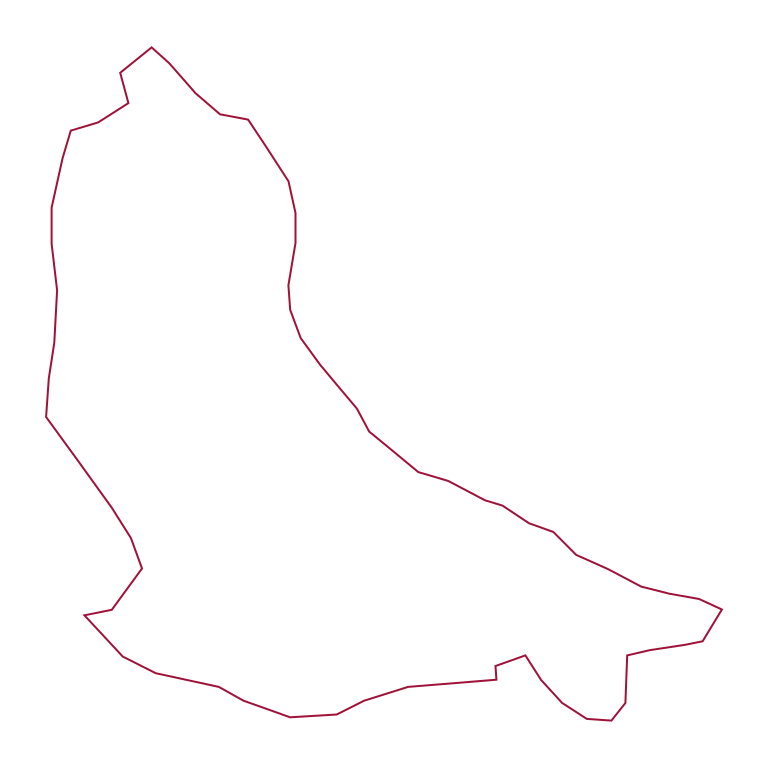 the district of Gaidouras, Cyprus
{"feature_id": "46923920B93612483186560", "entity_name": "Gaidouras", "entity_type": "district", "adm_level": 2, "iso_a3": "CYP", "parent_name": "Cyprus", "parent_adm1": "", "projection": "orthographic", "projection_center": [33.809, 35.155], "detail": "fine", "context": "isolated", "style": "outline", "palette": "rose", "viewbox_px": 768, "rotation_deg": 0, "n_neighbors": 0, "source": "geoboundaries", "source_scale": "gbopen_adm2", "svg_char_len": 927}
<svg xmlns="http://www.w3.org/2000/svg" viewBox="0 0 768 768"><path d="M248.1,119.6L220.0,114.3L195.5,93.2L183.2,79.1L169.2,63.2L151.6,47.4L120.2,72.8L128.4,103.1L98.2,122.4L70.8,130.6L62.6,158.1L51.6,207.7L51.6,243.5L57.1,290.3L54.3,342.6L48.8,378.4L46.1,417.0L76.2,458.3L111.9,507.9L131.0,538.2L142.0,568.5L111.8,609.8L84.4,615.3L122.8,656.6L155.7,673.2L218.8,686.9L243.5,700.7L290.1,717.3L336.7,714.5L364.1,700.7L408.0,686.9L496.4,679.7L495.5,666.0L525.4,655.4L541.2,680.1L562.2,703.0L586.8,718.9L611.4,720.6L625.4,703.0L627.2,655.4L650.0,650.1L685.1,644.8L702.6,641.3L721.9,609.5L699.1,599.0L669.3,593.7L641.2,586.6L607.8,569.0L576.2,554.9L553.4,532.0L528.9,523.2L502.5,505.6L485.0,500.3L448.1,480.9L418.3,472.1L388.5,447.4L369.2,431.6L356.9,408.6L337.6,385.7L320.0,364.6L300.7,338.1L290.2,309.9L288.4,285.3L295.5,243.0L295.5,213.0L288.5,181.3L265.7,146.1L248.1,119.6Z" fill="none" stroke="#9f1239" stroke-width="2"/></svg>